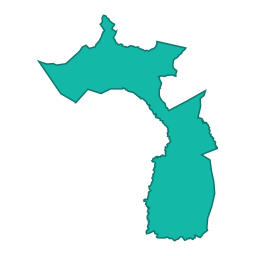 the district of Coicoyán de las Flores, Guerrero, Mexico
{"feature_id": "50627088B16935461060546", "entity_name": "Coicoyán de las Flores", "entity_type": "district", "adm_level": 2, "iso_a3": "MEX", "parent_name": "Mexico", "parent_adm1": "Guerrero", "projection": "albers", "projection_center": [-98.212, 17.216], "detail": "fine", "context": "isolated", "style": "filled", "palette": "teal", "viewbox_px": 256, "rotation_deg": 0, "n_neighbors": 0, "source": "geoboundaries", "source_scale": "gbopen_adm2", "svg_char_len": 5940}
<svg xmlns="http://www.w3.org/2000/svg" viewBox="0 0 256 256"><path d="M188.9,238.8L190.2,237.8L192.4,239.3L193.0,239.4L193.8,238.0L195.2,237.8L194.8,235.6L195.5,235.0L198.2,236.9L199.3,237.0L200.1,237.5L201.8,235.9L202.5,234.4L203.1,233.8L207.5,230.3L206.8,228.0L207.7,218.0L211.6,206.9L214.7,193.7L213.8,181.8L211.4,170.7L210.0,160.0L201.6,154.8L206.9,152.5L216.5,148.8L217.3,148.4L217.3,147.5L216.8,147.1L216.4,147.6L215.8,146.7L216.1,146.0L214.9,143.8L215.4,143.2L215.6,142.6L214.9,141.3L214.0,141.2L213.7,140.9L213.1,139.2L213.3,138.6L213.6,138.3L213.3,138.0L212.7,138.1L212.4,137.8L212.1,136.7L211.0,136.4L210.7,136.0L211.1,134.7L210.8,134.3L210.4,134.4L209.4,133.3L209.3,132.8L210.0,131.0L209.9,130.1L209.1,129.6L208.9,129.2L209.5,127.7L208.6,126.5L208.2,125.1L206.9,123.7L206.4,123.5L206.5,123.1L206.5,122.6L205.9,122.4L205.2,123.2L204.5,123.0L204.3,122.4L203.7,122.2L203.1,123.0L202.7,122.8L203.0,122.0L203.4,121.3L203.4,121.0L202.7,120.9L202.1,121.1L202.0,120.9L202.6,119.7L201.9,118.7L199.0,117.6L198.0,117.9L198.5,115.2L200.6,106.3L200.2,99.0L200.7,98.1L204.0,95.5L205.5,90.6L186.5,101.3L168.6,110.7L167.4,107.9L166.2,107.8L166.1,107.6L164.9,103.3L164.5,102.9L162.4,101.4L160.1,97.8L159.6,96.6L159.3,95.0L159.1,89.8L159.2,89.4L160.1,88.5L159.9,88.4L160.3,87.2L160.4,86.3L161.1,84.8L161.5,82.9L160.6,81.5L159.4,78.9L159.5,77.5L158.4,76.8L159.8,76.2L161.5,75.9L162.7,76.0L163.8,76.5L165.8,76.1L166.4,75.5L168.4,75.2L172.6,74.9L175.0,76.2L176.0,76.0L175.5,75.2L176.7,71.0L176.1,70.1L174.4,69.1L173.2,67.5L172.8,64.4L173.6,60.1L175.0,58.6L176.4,58.1L177.6,57.2L178.5,56.1L179.1,55.1L181.8,53.0L182.0,52.2L182.6,51.2L184.6,49.7L185.8,48.0L156.9,41.5L156.8,44.5L155.6,46.7L154.7,47.9L152.9,48.9L151.5,49.2L148.5,51.2L148.0,50.8L146.9,50.4L145.9,50.5L145.1,51.0L144.2,50.5L143.6,50.0L141.4,49.2L139.8,48.8L139.1,48.3L138.5,47.1L137.2,47.0L135.7,47.3L134.4,47.0L133.4,46.3L131.4,45.9L130.0,45.9L128.6,46.7L127.9,47.3L126.3,47.3L126.0,46.6L124.6,46.7L123.4,46.2L122.4,46.0L122.4,44.6L120.9,44.1L119.6,44.6L118.3,44.6L116.2,42.5L115.5,41.4L115.2,40.6L114.4,39.0L113.4,38.1L113.6,37.1L114.9,35.1L116.0,32.7L116.4,31.2L115.7,31.8L113.5,29.9L112.3,29.5L112.1,28.6L112.5,27.4L114.1,25.3L114.5,24.3L113.5,23.6L112.1,23.0L110.2,21.2L109.0,20.3L109.0,19.1L108.3,18.6L106.7,17.9L106.2,16.4L105.0,15.6L103.4,15.4L102.0,18.1L102.3,19.6L102.4,21.6L101.5,23.2L100.2,24.2L102.9,28.0L103.6,29.4L104.6,30.4L104.2,31.4L103.2,31.9L101.9,35.0L101.5,36.6L99.9,39.7L98.6,42.0L97.8,42.3L97.0,43.7L96.1,44.4L95.3,46.7L89.3,48.5L86.0,45.3L82.2,47.2L80.5,50.0L79.2,51.7L65.8,63.8L56.4,65.1L53.3,63.6L47.1,64.1L41.8,62.5L38.7,61.3L60.8,93.6L75.7,102.3L75.6,102.7L75.8,102.7L87.8,89.3L101.1,93.5L110.8,88.8L122.4,88.9L123.2,87.8L124.3,88.6L124.7,88.4L125.3,88.8L125.7,89.8L126.5,89.8L127.6,90.5L127.9,91.1L129.5,91.6L131.2,91.9L131.6,91.7L132.5,92.3L133.5,92.5L139.4,97.4L139.9,97.1L140.0,97.7L140.9,98.8L142.8,98.6L146.7,102.3L146.9,103.5L148.1,105.0L148.6,105.3L149.2,104.8L149.8,104.9L150.1,105.5L150.0,105.8L149.1,107.1L149.8,108.7L150.8,109.7L151.6,109.6L152.1,110.8L152.6,111.4L153.8,114.1L154.3,114.1L154.5,114.3L154.4,114.4L154.8,114.7L155.3,114.4L155.9,113.9L156.2,114.1L156.3,114.7L156.1,115.4L155.6,116.2L155.5,116.7L156.1,117.7L157.2,117.5L157.6,117.6L157.7,117.9L158.3,118.0L158.7,118.3L160.1,118.6L160.2,118.9L160.0,120.1L160.3,120.5L160.8,120.5L161.4,120.7L162.0,120.7L162.8,120.8L162.8,121.6L162.5,122.5L164.5,124.2L165.2,125.4L166.6,126.2L167.0,127.0L167.6,127.5L168.0,128.8L168.0,129.5L167.8,130.1L168.0,130.7L168.4,131.1L168.5,131.8L168.3,132.3L167.9,132.7L167.5,132.6L167.4,134.1L167.7,134.7L167.9,135.6L167.6,136.4L168.1,136.6L169.3,136.7L169.5,137.7L169.5,138.0L169.0,138.7L169.1,138.9L169.8,139.1L170.0,139.4L170.0,140.2L170.6,141.6L170.2,141.7L169.3,142.9L169.0,143.6L168.0,143.6L166.9,144.8L166.9,145.1L167.4,145.4L167.7,145.9L167.7,146.3L167.4,146.9L166.8,147.1L166.1,147.2L165.4,146.9L165.4,147.6L165.7,147.9L165.3,148.1L164.9,150.4L165.0,150.7L166.0,151.3L166.2,151.7L165.5,152.4L165.3,152.9L165.6,153.6L165.7,154.8L165.8,155.7L165.5,156.0L164.3,155.9L164.1,155.7L162.5,155.0L162.2,155.2L162.0,156.0L161.7,156.2L160.8,156.1L160.5,156.2L160.4,157.0L158.3,156.7L157.6,157.5L157.6,156.6L157.1,156.4L156.3,157.3L155.6,157.0L155.3,157.1L154.8,158.3L153.3,158.4L153.0,158.8L152.6,160.1L151.9,160.7L152.5,161.7L153.6,161.7L155.2,162.5L155.2,163.2L155.4,163.4L154.6,165.3L154.8,165.7L155.0,167.3L154.1,167.9L154.1,169.1L153.6,169.4L153.3,170.2L154.3,170.8L154.6,171.4L154.3,172.5L153.7,173.8L152.8,174.6L153.4,176.4L152.1,177.5L152.0,178.0L152.3,178.8L153.0,180.0L153.0,180.6L152.5,181.4L152.1,181.7L151.9,182.5L151.5,182.9L151.5,183.7L151.2,184.5L150.3,185.9L149.4,186.0L148.8,186.3L149.3,187.5L149.2,188.1L149.5,189.3L150.9,190.7L149.5,191.9L149.0,191.8L148.6,192.4L148.4,196.1L147.9,196.9L147.5,199.6L146.3,199.3L145.0,199.2L144.0,199.8L143.9,201.1L144.5,201.3L145.4,201.1L146.4,202.0L145.6,204.3L146.5,205.0L146.6,206.2L148.2,207.0L147.8,207.7L148.3,208.4L149.2,207.7L149.5,207.9L148.0,209.8L147.4,211.9L148.5,212.4L149.1,213.2L148.0,214.1L148.3,214.8L147.4,215.8L147.1,217.4L147.5,217.6L147.9,218.3L147.3,219.1L148.1,220.2L149.0,220.5L149.3,221.4L148.4,221.9L148.9,224.2L148.3,224.3L148.1,225.6L147.6,225.9L147.8,227.6L148.4,227.9L148.9,228.4L149.0,228.8L148.1,229.3L147.4,230.3L146.6,230.5L146.2,232.4L146.6,233.8L149.3,233.1L152.7,231.6L154.0,231.1L154.5,231.1L154.8,231.5L154.7,232.9L155.0,233.6L156.1,234.0L156.9,233.9L157.5,234.3L157.5,235.1L156.5,236.5L156.5,236.9L157.4,237.7L158.1,237.8L159.5,237.8L161.3,237.9L165.0,237.9L165.9,237.7L166.5,237.2L167.2,237.1L168.4,237.5L168.7,237.8L168.9,238.2L169.2,238.5L170.3,238.6L171.2,238.4L172.3,238.7L173.2,239.4L173.9,240.3L174.2,240.5L174.9,240.6L175.3,240.6L175.9,239.9L177.0,239.2L178.2,239.1L179.8,237.4L181.1,236.7L181.8,236.7L182.5,237.2L182.9,237.6L183.8,239.1L184.4,239.9L184.8,240.2L185.5,240.1L188.3,238.3L188.9,238.8Z" fill="#14b8a6" stroke="#0f766e" stroke-width="1.5"/></svg>